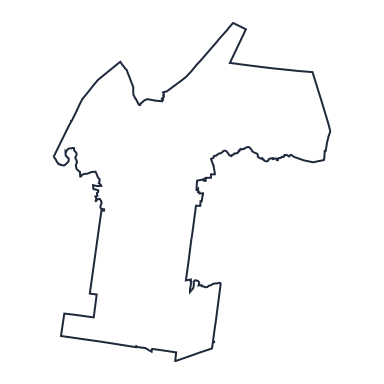 outline of Calugareni, Giurgiu, Romania
{"feature_id": "2599482B39711091097472", "entity_name": "Calugareni", "entity_type": "district", "adm_level": 2, "iso_a3": "ROU", "parent_name": "Romania", "parent_adm1": "Giurgiu", "projection": "mercator", "projection_center": [25.989, 44.147], "detail": "fine", "context": "isolated", "style": "outline", "palette": "slate", "viewbox_px": 384, "rotation_deg": 0, "n_neighbors": 0, "source": "geoboundaries", "source_scale": "gbopen_adm2", "svg_char_len": 5816}
<svg xmlns="http://www.w3.org/2000/svg" viewBox="0 0 384 384"><path d="M175.2,360.9L175.7,361.0L201.6,351.9L211.6,348.6L211.9,348.5L212.0,348.3L212.8,342.9L213.1,342.6L214.1,342.2L214.1,341.9L213.1,342.2L212.9,342.1L215.1,325.5L215.5,323.6L220.7,283.7L220.2,283.0L219.4,282.8L217.4,283.4L215.9,283.3L213.9,283.8L213.0,283.8L210.8,285.3L210.4,285.5L208.8,285.7L207.8,286.7L206.8,287.1L204.9,287.2L204.0,286.5L202.2,286.3L201.6,286.1L201.6,285.2L198.5,285.4L199.3,282.9L198.8,281.9L197.9,280.9L195.2,280.2L193.5,281.9L193.9,283.3L193.6,286.7L193.2,288.2L190.0,292.0L190.0,289.4L190.9,284.4L191.0,281.1L190.6,281.1L190.8,279.5L185.9,280.4L188.4,262.4L191.4,238.9L191.8,236.9L192.8,229.8L196.0,205.7L200.0,205.9L200.1,205.6L200.3,205.6L200.5,201.2L201.7,201.3L202.5,195.9L203.0,194.8L202.9,193.8L203.0,193.3L199.4,193.5L199.3,192.1L198.1,192.1L198.1,188.9L197.1,189.9L196.5,190.0L196.5,188.6L196.7,187.4L196.7,185.0L196.9,182.6L197.2,180.6L201.1,179.9L204.0,179.1L203.9,179.7L203.8,180.7L205.7,180.8L205.6,178.8L205.5,177.9L211.0,177.7L211.0,174.3L214.8,174.3L214.8,173.0L213.5,165.4L213.3,165.3L211.0,159.0L211.7,158.6L212.7,158.2L213.5,157.8L213.6,157.7L213.5,156.9L213.9,156.2L214.6,155.7L215.5,155.9L215.9,155.8L216.6,155.3L217.0,154.7L218.0,154.3L218.7,153.7L219.4,153.4L220.6,153.3L222.0,152.5L222.4,152.1L222.8,151.4L223.2,151.1L223.5,151.0L224.6,150.7L225.4,150.7L226.0,150.9L226.3,151.1L228.3,153.6L229.2,155.2L229.5,155.4L230.6,155.5L231.2,156.2L231.4,156.2L231.6,156.0L231.9,155.4L232.2,154.9L233.0,154.6L233.8,154.5L234.3,153.8L234.5,153.5L234.9,153.4L235.7,153.5L236.0,153.5L237.0,153.0L237.7,152.9L237.8,152.8L238.5,151.8L238.6,150.9L239.4,151.0L239.5,150.9L239.7,150.6L240.0,149.4L240.4,149.0L240.7,148.9L241.0,148.9L241.6,149.3L241.8,149.4L242.2,149.3L242.6,149.1L243.0,149.0L243.9,149.1L244.1,148.9L244.3,148.5L244.7,148.2L245.6,147.9L246.5,147.4L248.6,147.0L249.2,147.2L249.9,147.9L251.2,149.3L251.7,150.0L252.0,150.9L252.5,151.5L253.9,152.4L256.7,153.5L257.3,154.0L257.8,154.8L257.9,155.6L257.7,156.1L257.7,156.4L258.0,156.9L259.4,157.9L260.5,158.4L261.3,158.6L261.9,158.1L262.1,158.5L262.2,159.0L262.4,159.3L263.4,159.1L263.6,159.6L263.9,160.3L264.1,160.5L265.2,161.0L266.2,161.3L267.2,161.3L267.9,161.0L268.1,160.8L268.3,160.5L268.5,159.8L268.9,159.1L269.2,158.9L270.3,158.6L272.6,158.1L273.1,158.2L272.7,159.0L272.9,159.2L273.4,159.2L274.4,158.7L274.7,158.6L276.6,158.7L276.9,158.9L276.8,160.0L277.1,160.1L277.8,160.2L278.1,158.7L278.4,158.2L278.8,158.1L280.3,158.0L281.0,157.8L281.3,157.5L281.7,156.9L281.9,156.7L282.1,156.7L283.2,157.0L283.8,156.7L284.4,156.2L284.4,155.2L284.5,155.0L285.7,155.1L286.4,154.9L287.4,155.3L288.4,156.1L289.0,156.5L289.3,156.3L290.4,155.0L291.0,154.8L291.4,154.9L292.3,155.7L293.6,156.6L295.1,157.3L304.0,160.4L313.3,162.3L318.1,161.2L322.0,160.5L324.1,159.8L324.2,158.2L324.5,156.6L324.4,155.1L324.7,152.6L324.7,150.9L325.7,150.9L327.1,142.2L328.7,135.9L330.0,132.4L330.2,131.0L328.6,124.5L325.5,114.2L321.9,102.3L320.8,98.6L318.7,92.1L318.0,89.8L312.5,72.1L298.5,71.0L272.4,68.3L248.8,65.4L229.9,62.9L245.9,29.3L233.2,23.0L232.6,23.5L228.6,28.1L227.2,30.0L220.4,37.5L218.2,40.1L217.5,41.0L215.2,43.8L213.1,46.1L200.0,61.3L197.9,63.4L197.3,64.1L196.3,65.1L195.9,65.8L190.6,72.1L186.1,76.8L183.2,79.2L166.9,91.3L163.0,92.4L163.1,92.9L163.9,94.2L163.9,94.9L163.8,95.2L163.5,95.4L163.2,95.7L163.4,96.0L163.8,96.4L163.9,96.8L163.7,97.3L162.0,98.4L161.9,98.6L161.8,98.9L162.0,99.1L162.8,99.2L163.0,99.4L163.1,99.5L162.4,101.0L162.2,101.3L161.7,101.3L161.5,101.2L155.1,100.6L147.3,99.1L146.1,99.7L145.1,100.0L143.8,100.8L143.3,101.3L142.8,101.9L140.8,103.3L140.6,103.5L140.5,104.6L140.0,105.0L139.6,105.2L139.4,105.1L138.3,103.9L137.9,103.0L137.2,101.5L136.3,99.8L135.9,99.0L135.1,98.3L134.9,97.7L134.5,96.7L133.7,95.4L133.4,94.7L133.3,93.2L133.2,88.9L133.3,87.3L132.5,85.2L132.1,84.0L131.0,81.4L129.4,76.9L127.6,72.6L126.7,69.9L125.2,68.6L124.6,67.6L122.9,65.4L122.1,64.6L121.6,63.7L120.3,61.8L119.2,62.6L102.1,76.5L97.9,80.0L94.0,84.6L86.7,93.8L82.2,99.2L80.8,102.1L79.2,105.2L78.3,107.3L78.2,107.6L75.8,112.6L71.8,120.7L71.3,120.8L71.4,121.0L71.3,121.3L70.9,122.2L69.5,124.6L66.4,130.8L53.8,156.5L54.7,158.3L55.2,158.6L56.3,160.6L56.9,161.9L57.8,162.8L58.3,163.8L59.1,164.4L59.9,164.2L60.9,165.0L61.7,165.0L63.7,165.5L64.7,165.2L67.2,162.9L68.2,161.7L68.6,161.1L68.7,160.7L68.7,160.3L68.7,159.5L68.7,158.8L68.6,158.4L68.3,158.0L68.1,157.9L67.8,157.9L67.6,157.8L67.3,157.0L65.9,155.9L66.0,155.5L65.7,155.1L65.5,153.9L65.5,152.0L65.8,152.5L66.3,151.7L66.7,150.4L68.1,149.0L69.4,148.4L71.4,148.3L72.4,148.0L74.0,148.1L74.0,149.9L74.5,150.9L75.9,152.2L76.3,152.8L76.5,153.4L76.6,153.8L76.4,155.4L75.3,157.5L75.4,158.3L75.9,159.1L77.0,161.8L77.0,162.2L76.4,163.8L75.8,165.0L76.4,168.2L76.6,168.8L76.9,169.3L79.6,171.8L80.0,172.0L80.2,176.5L80.6,176.6L81.0,176.4L81.2,176.2L81.8,175.3L82.5,174.6L84.0,174.1L85.3,173.8L87.0,173.8L89.9,172.7L90.9,172.2L91.8,172.0L95.5,171.7L97.0,174.8L97.1,175.4L97.3,176.0L98.3,177.8L98.5,178.3L99.5,179.0L99.5,180.2L99.7,180.9L98.8,183.3L99.8,183.9L100.8,184.9L101.2,185.9L97.7,186.1L93.0,185.2L93.4,189.0L98.2,190.3L98.2,191.8L97.9,192.3L97.0,192.9L96.9,193.4L97.4,195.8L95.4,196.5L96.0,197.2L96.1,197.9L96.1,199.7L95.6,200.9L95.9,201.1L96.7,200.2L98.0,199.0L99.7,198.9L100.9,200.6L101.6,202.6L101.5,203.2L100.7,205.5L100.4,206.9L100.5,207.8L101.3,208.7L102.2,209.1L104.1,209.3L104.1,210.7L101.4,210.7L89.8,293.6L96.7,294.5L93.7,317.4L74.0,314.7L66.2,313.8L64.3,313.6L61.0,336.0L67.2,336.9L67.2,337.0L67.7,337.1L68.2,337.0L90.4,340.2L99.2,341.4L136.1,347.2L136.3,346.2L137.2,346.8L138.9,347.3L143.6,347.8L145.4,348.1L146.5,348.7L148.9,350.2L151.0,351.3L151.6,351.7L151.9,349.1L152.0,349.0L153.0,349.0L158.7,349.8L174.3,352.1L175.1,352.3L175.4,352.6L175.5,352.3L176.2,352.4L175.2,360.9Z" fill="none" stroke="#1e293b" stroke-width="2"/></svg>